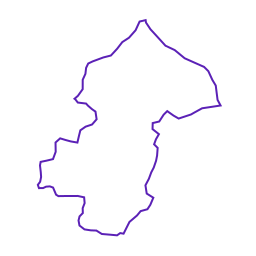 outline of Falkenberg, Halland, Sweden, rotated 176°
{"feature_id": "70781695B60260564619256", "entity_name": "Falkenberg", "entity_type": "district", "adm_level": 2, "iso_a3": "SWE", "parent_name": "Sweden", "parent_adm1": "Halland", "projection": "albers", "projection_center": [12.796, 57.048], "detail": "fine", "context": "isolated", "style": "outline", "palette": "violet", "viewbox_px": 256, "rotation_deg": 176, "n_neighbors": 0, "source": "geoboundaries", "source_scale": "gbopen_adm2", "svg_char_len": 1395}
<svg xmlns="http://www.w3.org/2000/svg" viewBox="0 0 256 256"><g transform="rotate(176 128 128)"><path d="M34.1,144.0L36.7,149.8L37.5,164.2L40.5,170.1L43.9,179.1L47.8,183.6L57.2,188.6L66.6,193.6L76.0,202.5L84.9,207.5L92.8,217.5L98.7,224.9L102.7,231.9L102.9,234.4L109.0,233.4L113.6,225.0L120.7,218.0L127.7,214.1L133.3,207.8L140.0,201.5L147.7,200.1L158.6,196.9L163.2,195.1L165.6,190.9L166.7,185.0L169.8,179.3L170.5,169.9L175.7,163.6L179.3,160.9L178.5,160.2L176.3,156.9L168.1,155.3L166.4,153.1L162.6,149.3L159.3,146.6L158.7,138.9L163.6,134.0L170.2,132.3L175.7,129.0L177.3,124.1L179.5,117.0L186.0,118.6L190.9,120.3L196.4,122.4L201.3,118.6L201.8,109.3L205.0,102.2L211.6,101.1L217.5,100.3L218.4,96.8L218.1,90.1L218.1,85.2L219.4,80.5L221.9,77.6L221.0,74.2L220.2,74.2L216.9,74.0L213.8,75.2L210.0,75.2L206.9,73.8L204.4,66.5L202.2,64.9L194.8,64.5L182.8,63.7L176.6,61.9L176.5,56.1L178.8,51.2L179.0,46.3L182.5,43.2L183.8,39.2L183.2,34.1L178.5,29.9L172.3,28.5L166.7,27.9L161.5,24.1L152.5,22.7L146.4,21.7L143.1,23.7L139.8,22.9L133.1,34.2L125.1,40.1L121.2,44.2L114.3,45.6L111.1,49.8L107.6,56.7L113.9,61.3L114.6,69.6L110.7,75.9L107.9,82.1L105.1,86.7L102.3,93.3L100.9,98.5L99.8,106.1L103.1,109.9L100.9,114.8L97.6,119.7L103.6,125.2L103.0,131.2L96.4,132.3L91.5,138.8L87.7,142.1L81.7,137.2L76.8,133.9L64.2,137.1L60.9,138.7L52.7,142.5L40.1,143.5L34.1,144.0Z" fill="none" stroke="#5b21b6" stroke-width="2"/></g></svg>